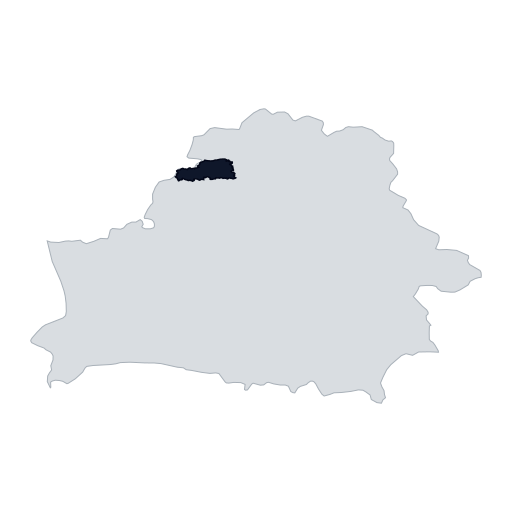 Pastavy, Vitebsk, Belarus shown in context
{"feature_id": "67162791B41761210959552", "entity_name": "Pastavy", "entity_type": "district", "adm_level": 2, "iso_a3": "BLR", "parent_name": "Belarus", "parent_adm1": "Vitebsk", "projection": "natural_earth1", "projection_center": [27.066, 55.118], "detail": "fine", "context": "in_parent", "style": "filled", "palette": "ink", "viewbox_px": 512, "rotation_deg": 0, "n_neighbors": 0, "source": "geoboundaries", "source_scale": "gbopen_adm2", "svg_char_len": 8471}
<svg xmlns="http://www.w3.org/2000/svg" viewBox="0 0 512 512"><path d="M438.5,352.2L429.4,351.8L418.6,352.0L412.6,355.3L406.0,353.7L401.4,355.6L390.8,364.7L386.7,369.7L382.9,377.3L380.5,383.0L381.9,386.9L384.0,390.6L384.5,394.6L385.5,397.7L382.9,399.9L381.4,403.2L376.9,402.6L371.3,399.5L370.1,395.0L365.7,391.8L362.9,390.2L358.3,389.9L350.9,391.4L341.3,392.5L334.0,392.8L330.0,394.4L324.1,396.0L321.9,394.2L318.5,389.0L315.8,383.9L313.9,381.7L312.3,381.1L310.4,381.2L308.1,382.8L306.4,384.5L300.3,386.4L297.7,388.2L294.8,392.9L292.8,392.6L290.8,391.5L288.4,386.2L285.2,385.0L280.1,385.0L273.7,383.9L268.6,382.3L266.7,382.6L263.7,384.9L260.4,385.2L253.1,383.2L251.7,384.1L247.5,389.9L245.6,390.2L244.5,389.5L245.1,384.4L240.8,382.6L233.7,382.4L228.8,383.1L226.3,382.9L225.1,381.9L218.9,373.5L215.7,372.9L209.9,373.4L201.4,372.3L191.6,370.4L186.2,369.7L183.4,367.8L177.3,367.2L161.1,363.6L154.4,363.0L144.7,362.9L129.8,362.2L120.3,362.6L115.8,363.8L110.7,364.5L93.0,365.5L86.7,366.4L84.9,368.2L82.7,372.1L75.3,378.8L68.2,383.3L66.9,383.7L62.8,381.3L59.3,380.5L55.3,380.2L52.4,381.0L50.6,382.1L50.8,387.3L50.3,387.8L47.3,381.6L47.7,376.0L49.5,372.8L51.6,370.0L50.8,365.7L53.0,360.0L53.1,355.9L52.2,354.1L50.6,352.1L46.0,349.8L44.0,348.0L37.8,345.7L31.7,342.7L30.7,340.9L31.0,339.7L32.2,337.8L37.0,332.3L42.2,327.0L45.5,324.8L62.9,318.0L65.6,315.6L66.3,311.6L66.1,303.4L65.2,296.0L64.0,290.8L60.8,281.2L52.2,261.4L47.2,240.9L50.7,242.1L58.9,242.5L65.4,241.1L68.8,240.9L71.8,241.3L80.4,240.2L82.5,242.1L86.3,243.7L93.9,241.3L100.6,238.4L107.5,238.8L108.5,237.3L110.3,230.1L112.4,228.5L120.6,229.2L123.7,227.9L126.9,224.3L131.8,222.1L135.9,222.1L140.2,219.6L142.2,221.3L143.2,224.3L141.8,226.7L142.4,227.6L145.3,228.8L150.4,228.8L153.6,227.8L154.4,226.4L154.4,223.9L153.6,221.6L151.5,219.6L147.5,218.6L144.7,218.5L144.2,217.3L145.2,214.5L147.7,209.5L150.8,205.0L152.6,203.3L153.0,201.7L152.6,199.0L152.6,194.1L155.4,187.2L159.1,182.0L164.0,180.3L170.0,179.4L173.8,177.0L175.7,174.2L177.4,169.7L179.3,168.8L193.7,169.4L195.9,165.0L197.1,163.7L199.9,162.4L201.8,160.8L201.1,159.6L197.4,158.8L188.8,158.1L187.0,156.7L187.6,154.9L189.9,150.4L192.1,144.5L193.3,140.0L193.4,137.3L194.6,136.6L201.7,135.7L204.0,134.8L210.1,128.6L214.7,127.6L226.6,129.2L232.1,129.0L239.0,129.5L239.6,128.8L242.0,122.7L253.7,112.9L260.0,109.5L264.0,108.8L265.4,109.0L271.7,114.1L273.2,114.3L277.4,112.2L284.6,112.0L288.0,113.8L292.9,120.1L295.4,120.9L302.4,117.3L306.3,116.2L308.9,116.2L322.3,121.1L323.3,122.7L323.4,124.6L321.4,130.3L324.2,133.9L327.4,136.3L334.2,132.3L336.7,131.2L339.5,131.1L343.2,129.7L345.8,127.5L348.4,126.7L353.3,127.2L362.1,126.7L372.5,130.2L373.4,131.2L378.7,135.3L380.5,137.4L382.2,138.0L385.0,140.0L388.7,141.2L391.3,140.9L392.5,141.5L393.7,143.1L393.8,145.8L393.6,153.4L390.0,157.4L389.5,158.8L389.7,160.5L392.7,163.8L396.6,168.9L397.6,171.9L397.6,174.2L392.6,180.7L390.9,182.3L389.8,185.5L389.2,188.8L389.6,190.2L398.3,195.4L404.8,198.2L406.3,199.6L406.4,200.5L403.1,206.1L402.8,207.7L408.0,210.0L410.9,213.7L413.6,219.7L418.6,225.4L437.0,233.9L438.6,235.4L439.2,237.2L438.8,241.1L435.6,248.7L438.8,249.8L446.8,249.5L456.6,250.4L468.5,255.7L468.6,258.1L467.4,260.3L468.3,262.6L469.7,264.6L480.0,270.5L481.0,272.3L481.3,275.2L481.1,277.3L478.3,277.7L475.1,278.7L470.1,281.3L468.2,284.9L460.0,289.9L454.9,292.1L450.9,292.2L441.1,291.2L437.7,288.7L436.2,286.5L432.4,285.5L427.5,285.4L420.6,285.8L419.2,286.4L418.2,289.2L415.4,293.9L413.3,296.6L422.2,306.0L426.7,309.9L428.1,312.2L428.1,313.9L426.1,315.9L426.5,319.9L430.9,325.2L429.4,326.0L429.2,332.5L429.3,339.4L430.5,341.0L432.9,342.4L434.8,344.9L438.2,350.7L438.5,352.2Z" fill="#d9dde1" stroke="#a8b0b8" stroke-width="1"/><path d="M178.6,180.8L179.0,180.7L179.3,180.5L179.9,180.0L180.3,179.8L181.0,179.8L181.8,179.8L182.2,179.5L182.1,179.2L182.0,178.9L182.1,178.7L182.3,178.4L182.6,178.4L183.2,178.5L183.6,178.7L184.1,179.0L184.6,179.3L185.0,179.4L185.7,179.7L186.2,179.8L186.6,179.9L187.0,179.9L187.5,180.1L187.9,180.4L188.3,180.5L188.7,180.5L189.3,180.4L189.8,180.2L190.3,180.3L190.9,180.6L191.5,180.7L192.1,180.9L192.4,181.2L192.7,181.1L193.2,180.9L193.7,180.7L194.1,180.4L194.3,180.1L194.3,179.9L194.0,179.6L193.7,179.4L193.8,179.2L194.2,179.0L194.7,178.9L195.3,178.8L196.2,178.8L196.8,179.0L197.3,179.1L198.0,179.3L198.2,179.6L198.8,179.9L199.4,180.1L199.8,180.2L200.1,180.0L200.3,179.8L200.6,179.5L201.3,179.3L201.7,179.4L202.2,179.4L202.6,179.4L203.1,179.4L203.7,179.6L203.7,179.3L203.7,178.9L203.8,178.3L203.6,177.9L203.6,177.5L203.7,177.3L203.9,177.2L204.2,177.2L205.0,177.4L205.1,177.6L205.6,177.6L206.0,177.3L206.7,176.9L207.2,176.6L208.0,176.8L208.5,177.0L208.9,177.2L209.2,177.5L209.9,177.9L210.3,178.2L210.2,178.7L210.1,179.0L210.2,179.3L210.5,179.4L211.3,179.4L212.2,179.3L212.5,179.3L213.4,179.0L213.6,178.9L213.9,178.8L214.5,178.8L215.1,178.9L215.5,178.8L215.7,178.5L215.6,178.0L215.7,177.8L216.0,177.7L216.5,177.7L216.9,177.9L217.4,177.9L217.8,177.9L218.3,177.8L218.7,178.0L219.2,178.1L219.6,178.1L219.9,178.1L220.2,177.8L220.6,177.6L220.8,177.6L221.1,177.7L221.6,177.7L221.9,177.6L222.3,177.9L222.6,178.1L223.0,178.4L223.4,178.3L223.7,178.2L224.2,178.1L224.8,178.1L225.1,178.3L225.8,178.2L226.2,178.1L226.5,178.1L226.8,178.1L227.0,178.3L227.0,178.5L227.1,178.9L227.6,178.9L228.0,178.7L228.3,178.5L228.6,178.4L228.7,178.2L229.1,178.1L229.3,177.9L229.7,177.8L229.9,177.8L230.1,177.8L230.3,177.9L230.4,178.0L230.5,178.2L230.7,178.3L231.0,178.3L231.3,178.3L231.8,178.4L232.2,178.5L232.5,178.7L233.0,178.8L233.3,178.8L233.5,178.8L233.8,178.7L234.0,178.6L234.3,178.5L234.6,178.3L235.0,178.3L235.4,178.1L235.7,177.9L235.3,177.7L235.0,177.4L234.7,177.1L234.5,176.9L234.2,176.6L233.8,176.3L233.7,176.1L233.7,175.8L234.0,175.7L234.4,175.5L234.4,175.4L234.6,175.2L234.4,174.9L234.3,174.7L234.2,174.6L234.3,174.4L234.5,174.2L234.8,173.9L234.9,173.7L234.6,173.3L234.2,173.2L234.0,172.9L233.9,172.7L233.8,172.4L233.6,172.3L233.4,172.3L233.2,172.3L232.9,172.5L232.7,172.5L232.4,172.5L231.9,172.4L231.6,172.0L231.4,171.9L231.2,171.7L231.0,171.4L231.1,171.2L231.3,170.9L231.6,170.7L231.8,170.6L232.2,170.6L232.7,170.5L233.0,170.4L233.4,170.3L233.5,170.1L233.4,170.0L233.2,169.8L233.2,169.7L233.2,169.3L233.2,169.1L233.1,168.9L232.9,168.8L232.7,168.7L232.5,168.4L232.9,168.2L233.0,168.0L233.0,167.8L232.8,167.6L232.6,167.6L232.2,167.4L232.0,167.2L232.1,166.9L232.3,166.8L232.4,166.7L232.6,166.6L232.7,166.4L232.7,166.2L232.3,166.1L232.2,166.1L231.9,166.2L231.6,166.1L231.5,165.9L231.5,165.7L231.5,165.4L231.5,165.2L231.3,165.0L231.0,165.0L230.7,164.8L230.1,164.6L229.7,164.4L229.7,164.2L230.0,164.1L230.2,163.9L230.5,163.8L230.7,163.7L230.9,163.7L231.3,163.5L231.5,163.4L231.9,163.3L232.1,163.3L232.1,163.0L232.2,162.8L232.2,162.7L232.3,162.5L232.3,162.4L232.3,162.2L232.1,161.9L231.8,161.9L231.6,162.0L231.4,162.1L231.1,162.2L230.7,162.1L230.3,161.9L230.2,161.9L230.2,161.7L230.0,161.3L229.7,161.2L229.3,161.3L228.8,161.4L228.6,161.3L228.5,161.2L228.7,160.9L228.8,160.8L229.0,160.6L229.0,160.4L228.8,160.2L228.5,160.1L228.3,160.1L228.0,160.1L227.7,160.2L227.4,160.4L227.1,160.6L226.9,160.8L226.8,161.0L226.6,161.1L226.4,161.2L226.2,161.1L226.2,160.8L226.2,160.6L226.4,160.3L226.5,160.1L226.5,159.8L226.4,159.7L226.0,159.6L225.7,159.5L225.4,159.5L225.1,159.4L225.0,159.1L224.6,159.1L224.3,159.1L223.8,159.1L223.3,159.1L222.7,159.1L222.2,159.1L221.5,159.2L221.0,159.2L220.5,159.2L220.0,159.3L219.5,159.4L219.0,159.5L218.7,159.7L218.3,159.7L218.1,159.7L217.7,159.8L217.0,160.1L216.6,160.1L215.9,160.1L215.7,160.1L215.3,160.1L214.8,160.2L214.4,160.3L213.9,160.5L213.7,160.7L213.3,160.8L212.9,160.8L212.5,160.9L212.1,160.9L211.6,160.9L211.2,161.0L210.6,161.1L210.4,161.0L209.8,160.9L208.7,160.8L208.0,160.8L207.5,160.7L206.9,160.7L206.2,160.5L205.7,160.4L204.8,160.2L204.5,160.7L204.0,161.2L202.2,161.9L200.8,162.3L199.8,163.1L199.8,163.9L199.6,164.7L199.0,165.1L198.2,165.6L197.5,166.0L197.8,166.5L198.7,167.3L197.6,167.6L196.8,168.0L195.6,168.0L194.7,168.8L194.5,168.3L193.2,168.4L191.8,168.8L190.9,168.8L190.6,168.2L189.9,167.9L188.6,168.3L188.0,168.8L187.1,169.6L186.5,169.3L185.5,169.0L184.2,169.2L183.5,168.6L182.5,168.4L181.8,168.7L181.1,169.0L180.5,169.6L179.3,170.1L178.5,170.1L177.7,170.3L176.7,170.9L176.9,171.5L177.6,172.0L178.2,172.7L178.1,173.2L177.4,173.5L176.7,174.1L176.9,174.8L176.7,175.4L176.1,176.3L175.4,176.8L175.9,177.2L176.1,177.5L176.6,177.8L177.1,178.0L177.4,178.4L177.5,178.8L177.7,179.4L178.0,179.9L178.2,180.3L178.5,180.8L178.6,180.8Z" fill="#0f172a" stroke="#020617" stroke-width="1.5"/></svg>